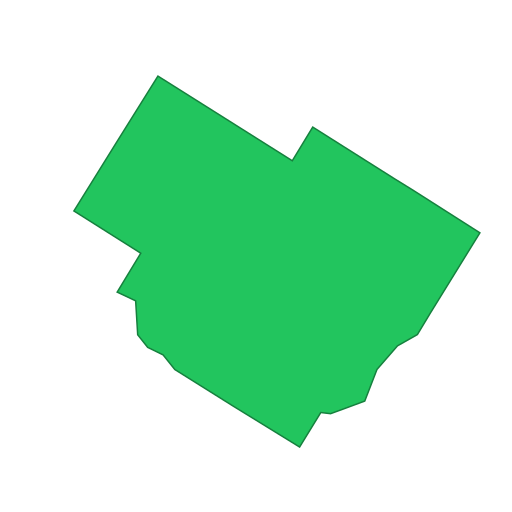 Lincoln, Louisiana, United States of America (orthographic projection), rotated 212°
{"feature_id": "52423323B73222976979842", "entity_name": "Lincoln", "entity_type": "district", "adm_level": 2, "iso_a3": "USA", "parent_name": "United States of America", "parent_adm1": "Louisiana", "projection": "orthographic", "projection_center": [-92.669, 32.606], "detail": "fine", "context": "isolated", "style": "filled", "palette": "green", "viewbox_px": 512, "rotation_deg": 212, "n_neighbors": 0, "source": "geoboundaries", "source_scale": "gbopen_adm2", "svg_char_len": 500}
<svg xmlns="http://www.w3.org/2000/svg" viewBox="0 0 512 512"><g transform="rotate(212 256 256)"><path d="M434.5,356.6L434.5,283.7L434.5,277.1L434.3,197.7L355.2,197.3L354.6,151.8L334.3,154.2L314.6,126.5L299.4,121.1L282.4,122.9L264.7,116.7L196.7,116.6L117.8,117.1L118.1,157.6L109.2,161.8L99.7,174.0L86.9,190.6L93.3,223.9L88.4,254.8L77.5,274.9L77.9,300.1L78.4,394.3L156.8,395.0L179.8,394.9L276.2,395.4L275.7,356.0L304.0,356.1L434.5,356.6Z" fill="#22c55e" stroke="#15803d" stroke-width="1.5"/></g></svg>